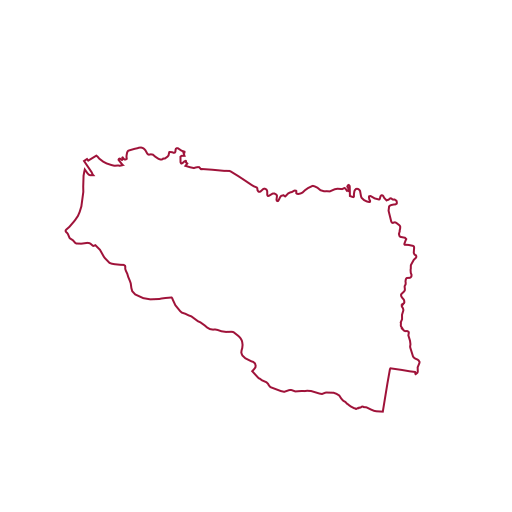 Nobsa, Boyacá, Colombia (Mercator projection), rotated 206°
{"feature_id": "7082276B57023336405526", "entity_name": "Nobsa", "entity_type": "district", "adm_level": 2, "iso_a3": "COL", "parent_name": "Colombia", "parent_adm1": "Boyacá", "projection": "mercator", "projection_center": [-72.932, 5.776], "detail": "fine", "context": "isolated", "style": "outline", "palette": "rose", "viewbox_px": 512, "rotation_deg": 206, "n_neighbors": 0, "source": "geoboundaries", "source_scale": "gbopen_adm2", "svg_char_len": 6110}
<svg xmlns="http://www.w3.org/2000/svg" viewBox="0 0 512 512"><g transform="rotate(206 256 256)"><path d="M371.0,190.0L369.4,189.8L368.7,188.9L368.1,187.5L367.6,186.8L366.4,185.6L363.9,183.6L361.7,181.2L358.3,178.2L356.6,176.5L354.0,172.6L351.8,170.1L347.7,168.5L338.9,168.7L332.0,170.7L324.0,175.0L322.4,176.3L318.9,178.6L313.7,181.7L312.8,181.3L311.6,180.2L306.9,176.4L300.0,173.2L297.9,172.6L294.2,173.1L290.5,173.1L287.6,173.4L279.5,171.9L276.9,172.0L271.6,171.1L268.6,170.3L265.4,170.1L262.3,171.0L260.7,172.0L258.1,172.7L254.1,173.2L249.7,174.6L244.5,177.3L242.8,177.7L237.2,176.5L235.5,176.0L233.7,175.2L231.7,173.8L230.6,172.5L229.1,170.2L228.0,167.2L227.6,164.9L226.9,162.8L225.9,161.7L224.6,160.6L220.8,159.4L214.0,159.3L212.1,159.6L209.8,159.0L208.2,157.2L207.7,155.6L208.1,153.5L208.9,150.8L200.8,147.6L199.6,147.3L198.7,147.4L196.2,146.9L191.3,147.1L189.1,146.4L188.4,145.8L186.3,144.7L185.2,144.5L174.5,145.5L171.1,146.3L167.4,150.0L166.1,150.8L165.2,151.1L161.3,151.5L155.6,154.8L152.9,156.0L150.8,157.4L149.7,157.8L147.3,158.8L138.6,160.2L136.2,160.9L133.9,163.4L133.0,164.1L126.3,167.1L123.2,167.4L120.0,167.1L117.0,165.3L114.6,164.3L113.7,164.1L111.7,164.0L109.4,163.1L108.7,163.1L107.1,162.7L104.8,162.3L101.0,162.2L100.0,162.5L99.4,162.3L99.0,162.4L98.7,162.6L98.0,163.8L97.1,164.1L96.9,164.4L96.9,164.9L95.6,165.6L94.8,167.0L94.0,167.5L93.0,167.4L90.4,168.4L85.3,168.4L81.9,168.6L79.5,169.3L73.8,171.7L82.0,199.0L86.0,213.0L85.9,214.0L75.0,217.5L67.1,219.8L62.2,221.5L61.7,221.2L61.2,220.0L60.7,219.8L59.8,221.7L59.8,222.4L60.1,223.4L61.9,226.8L62.2,231.3L62.5,232.4L64.0,233.4L65.3,233.7L68.0,233.6L69.6,233.9L70.8,234.5L77.2,241.3L77.8,242.2L78.5,244.4L80.4,247.3L84.3,251.5L84.9,253.7L85.3,254.5L86.7,254.9L87.5,254.7L88.9,253.9L90.1,253.8L92.9,254.7L92.7,255.1L94.8,256.3L95.3,256.9L96.4,259.4L96.8,259.7L97.0,263.2L99.0,267.2L99.7,271.6L100.1,272.4L101.1,273.5L102.7,274.5L103.2,275.1L102.8,276.6L103.4,276.7L102.3,278.5L102.4,279.5L103.4,281.0L104.1,281.6L106.8,282.8L108.1,283.8L108.7,285.0L108.6,285.7L107.4,288.9L107.2,290.2L107.6,291.4L109.0,293.6L109.2,294.5L109.1,296.0L109.6,297.3L110.6,298.9L111.1,300.7L111.1,301.6L110.9,302.2L110.4,302.6L108.2,303.8L107.6,304.7L107.4,305.7L107.9,307.2L109.5,308.7L111.0,311.3L111.3,312.4L112.7,315.4L112.8,316.1L112.5,321.8L111.5,324.5L111.5,325.4L111.8,326.0L112.5,326.7L113.7,326.7L114.3,326.9L115.6,328.0L117.1,331.7L117.4,332.6L118.2,333.7L118.7,333.9L119.5,333.9L123.8,332.8L127.3,331.3L127.8,331.6L128.0,332.0L128.4,335.8L128.3,336.8L128.4,337.1L130.1,337.7L134.6,336.5L135.2,336.6L135.7,336.8L136.2,337.3L137.2,338.5L137.7,341.3L138.1,342.0L138.4,343.6L139.1,345.4L139.8,346.1L140.7,346.5L144.5,347.3L145.8,347.2L146.5,346.8L147.5,345.7L147.9,345.6L148.4,345.6L149.5,346.2L156.7,354.8L158.1,358.9L157.8,359.8L156.8,361.1L154.7,362.7L153.3,363.5L152.5,364.7L152.6,365.3L153.1,366.2L154.0,367.2L156.0,367.5L156.6,367.4L157.4,366.8L157.9,366.7L159.7,367.0L160.6,366.7L161.6,364.6L162.4,364.0L163.0,363.2L166.2,364.4L168.0,365.7L168.7,365.9L169.5,365.8L169.9,365.5L170.3,364.3L169.8,361.6L169.9,361.0L170.2,360.7L174.5,359.8L178.7,360.1L179.6,360.0L180.5,359.2L180.3,358.4L179.0,356.6L177.7,355.7L177.3,354.8L177.5,354.4L177.8,354.2L179.3,353.8L180.3,353.6L183.4,353.6L186.4,354.5L187.1,355.0L188.0,356.0L191.0,360.1L192.1,360.7L193.3,361.0L194.7,360.7L195.5,360.1L196.0,358.5L196.0,357.5L195.2,354.8L194.1,352.4L194.2,351.7L195.2,351.4L197.9,351.1L202.2,359.5L202.7,360.1L203.8,360.5L204.3,359.9L204.4,358.5L200.6,355.7L201.4,354.9L202.1,355.6L202.9,354.5L205.2,355.8L206.3,355.9L207.9,353.9L212.2,352.2L214.5,350.5L218.0,346.4L220.7,345.3L223.2,344.0L226.9,343.4L230.7,344.3L233.7,344.3L235.4,344.0L236.0,343.7L239.0,339.9L240.8,336.6L242.0,333.4L243.3,331.8L245.1,330.3L246.3,329.9L247.3,330.1L248.3,332.1L248.8,332.2L249.9,331.8L250.4,331.3L251.8,329.2L253.0,328.3L254.5,326.4L255.8,322.4L256.4,322.3L257.9,322.7L259.6,321.2L259.9,320.6L260.1,319.3L260.1,316.9L260.2,315.6L260.3,315.1L260.7,314.8L261.5,314.8L262.2,315.5L263.5,319.2L263.9,319.7L264.6,320.0L265.5,320.2L267.0,320.2L268.4,319.4L270.6,316.0L271.0,315.5L271.7,315.2L272.1,315.4L272.7,315.9L274.3,319.1L275.0,319.8L275.8,320.3L276.8,320.4L277.8,320.3L278.8,319.5L280.3,315.8L281.4,315.0L282.1,315.0L283.4,315.7L284.6,317.5L285.4,317.9L288.6,317.7L291.0,317.9L306.6,320.0L315.8,320.9L317.2,320.8L322.1,318.5L333.3,314.3L343.2,310.3L343.1,310.1L343.6,309.9L346.0,310.9L347.2,310.4L348.9,309.2L350.4,307.8L354.0,306.9L358.9,306.1L358.3,309.0L360.0,309.5L360.5,310.6L360.9,310.7L361.8,309.7L362.7,307.5L363.4,306.5L363.7,306.4L364.2,306.6L365.0,307.3L367.4,312.1L367.2,312.7L366.7,313.5L364.2,314.7L366.6,317.2L365.7,317.7L366.0,318.4L369.1,318.0L373.4,318.6L374.4,318.2L375.0,317.3L374.9,316.4L374.2,314.4L374.3,313.4L375.1,312.7L376.9,312.5L379.3,311.6L379.5,311.3L378.7,308.0L379.1,306.5L380.6,303.7L382.1,302.9L382.1,302.6L382.7,301.7L383.7,301.0L385.0,300.7L386.3,300.6L390.1,301.1L393.1,301.9L395.1,301.3L396.7,300.1L397.5,300.0L398.7,300.4L401.7,302.5L403.2,303.1L404.4,303.4L406.0,303.3L406.9,303.1L408.6,302.1L409.8,300.9L412.1,299.1L416.3,295.3L417.0,294.5L417.2,293.7L417.2,292.5L416.5,289.9L415.9,288.4L414.8,286.7L415.4,285.7L416.1,285.2L417.1,285.2L419.8,286.5L419.0,285.7L418.3,284.6L418.5,283.6L418.8,283.5L420.2,283.8L421.2,283.8L421.7,283.3L421.8,282.5L421.6,282.1L416.8,279.8L415.7,279.4L416.4,279.0L416.3,278.7L418.1,277.3L419.5,277.0L422.5,275.2L423.4,274.9L425.7,274.4L430.9,273.7L434.7,273.8L439.6,274.8L441.8,275.8L443.5,276.2L448.6,268.2L450.4,269.1L452.2,266.0L440.4,259.2L438.5,257.6L438.4,257.6L437.7,257.3L440.5,255.9L441.9,255.8L443.8,256.5L447.8,258.7L447.3,256.5L446.2,252.6L441.8,242.8L439.3,237.9L434.7,224.0L433.8,218.2L433.6,214.0L434.3,209.2L434.8,206.9L436.5,200.4L438.1,196.6L438.3,195.7L438.1,195.0L437.2,194.3L435.8,193.9L434.7,193.3L431.6,190.6L431.0,190.3L427.5,189.9L424.1,188.5L422.9,188.5L418.4,190.5L413.3,193.9L411.4,194.5L410.2,194.5L407.1,193.7L406.5,193.8L405.1,195.3L399.0,193.2L392.5,188.7L391.0,187.9L384.7,185.6L382.5,185.8L379.6,186.6L373.9,188.7L371.0,190.0Z" fill="none" stroke="#9f1239" stroke-width="2"/></g></svg>